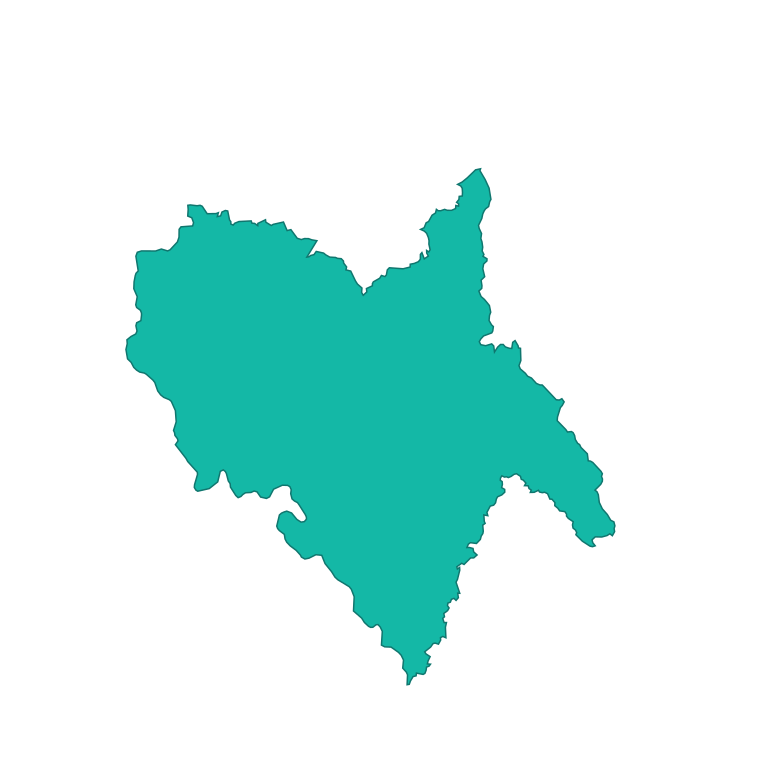 Minaçu, Goiás, Brazil, rotated 140°
{"feature_id": "56859067B20779755358957", "entity_name": "Minaçu", "entity_type": "district", "adm_level": 2, "iso_a3": "BRA", "parent_name": "Brazil", "parent_adm1": "Goiás", "projection": "albers", "projection_center": [-48.381, -13.496], "detail": "fine", "context": "isolated", "style": "filled", "palette": "teal", "viewbox_px": 768, "rotation_deg": 140, "n_neighbors": 0, "source": "geoboundaries", "source_scale": "gbopen_adm2", "svg_char_len": 6171}
<svg xmlns="http://www.w3.org/2000/svg" viewBox="0 0 768 768"><g transform="rotate(140 384 384)"><path d="M257.5,254.5L257.2,258.4L260.0,259.0L262.2,261.2L263.4,281.5L265.2,283.1L266.9,286.5L267.2,293.8L269.0,297.7L268.8,301.3L269.9,308.0L268.8,311.3L264.1,314.0L256.5,323.6L257.8,325.2L256.7,327.1L255.7,333.0L258.6,333.2L263.3,329.1L265.1,330.9L267.2,334.4L267.3,337.7L269.4,339.4L273.2,339.2L278.8,337.5L275.5,342.6L275.7,345.5L281.5,348.0L284.6,351.9L283.8,355.2L280.8,356.3L276.8,356.8L268.6,353.9L266.6,354.7L263.3,357.7L263.6,360.2L262.7,365.1L259.1,368.7L256.1,370.4L252.8,376.4L252.7,384.0L253.4,388.6L251.6,394.2L247.7,394.4L245.8,396.3L242.9,401.1L237.9,401.5L234.2,408.8L230.5,411.9L226.1,412.1L224.6,413.7L226.1,418.2L224.2,419.0L223.3,422.8L220.4,425.4L217.6,429.9L216.3,433.2L212.6,436.5L211.1,442.0L209.6,444.8L202.7,447.9L199.0,450.8L195.8,452.3L193.6,452.9L189.8,452.7L185.9,455.7L183.4,456.7L177.6,466.5L175.1,475.6L173.4,485.7L171.7,486.8L176.2,489.2L187.8,488.4L194.4,488.5L199.3,489.6L197.9,486.4L198.3,483.6L200.9,480.1L203.2,477.7L205.8,479.4L208.0,477.2L211.6,476.5L211.0,474.1L212.6,472.3L214.2,474.6L216.4,472.4L220.6,473.6L223.9,476.4L225.3,478.8L229.2,480.3L231.1,481.9L231.6,484.1L234.6,481.9L238.7,482.4L245.4,479.8L248.1,480.4L252.8,477.9L256.6,478.9L254.8,475.1L254.5,472.0L255.9,467.6L257.4,464.8L259.7,462.3L262.4,457.2L264.8,456.4L265.5,458.9L267.1,456.9L267.8,453.5L272.7,454.0L270.5,460.3L272.8,459.9L276.0,456.2L279.1,455.6L283.3,456.9L286.9,458.9L288.8,456.8L295.3,460.0L305.2,469.6L308.1,469.3L312.1,466.0L314.2,465.7L316.2,468.8L319.3,467.8L326.5,469.1L328.4,468.3L329.8,466.7L336.1,468.4L338.0,465.6L342.9,465.3L342.3,468.5L339.2,471.7L340.1,477.6L339.6,481.3L336.9,491.9L339.8,495.9L337.4,497.7L337.2,502.5L336.0,504.3L336.2,507.5L338.9,510.2L339.8,512.1L344.0,516.1L345.6,520.4L346.1,523.1L350.7,529.1L354.5,528.1L357.6,529.6L359.7,529.7L361.5,530.8L343.3,536.9L346.6,540.8L348.4,543.9L351.4,546.5L354.5,547.8L356.8,551.4L356.1,562.1L359.6,563.8L356.9,572.7L366.2,577.5L368.5,577.9L370.5,583.9L369.2,586.0L377.4,588.1L378.9,586.5L379.9,590.2L381.8,592.1L380.9,594.3L390.7,601.7L395.0,603.1L397.4,602.7L398.5,605.0L397.0,606.8L396.9,608.9L392.5,617.0L394.0,618.9L397.6,619.9L401.1,617.8L404.1,619.4L400.8,621.7L403.1,622.5L410.0,628.1L409.0,637.0L410.0,639.1L412.6,640.7L417.3,645.7L419.4,647.0L421.8,643.6L426.4,638.8L424.4,634.9L426.2,630.0L429.0,628.1L438.5,634.9L441.5,634.2L446.7,628.2L451.0,625.6L461.6,624.3L464.2,625.0L467.8,630.5L473.5,632.7L484.2,641.8L488.3,643.5L491.9,641.4L499.6,628.6L502.8,628.2L504.9,626.9L509.8,622.9L514.4,617.8L516.9,609.5L523.3,604.2L524.3,601.6L523.2,597.0L524.2,594.2L525.5,592.6L529.5,588.8L534.1,589.9L536.6,588.1L539.2,583.3L542.0,581.9L547.2,583.0L552.5,583.1L554.8,579.9L559.5,576.3L564.3,568.1L563.8,563.1L565.0,557.6L564.6,553.7L563.5,550.2L560.5,546.3L559.8,544.2L558.5,535.6L558.6,532.5L561.8,524.1L562.1,519.2L561.3,515.3L558.5,509.9L558.1,507.4L560.9,497.7L567.5,488.6L575.1,483.7L575.7,481.4L577.2,479.0L577.4,474.8L578.4,472.8L582.8,471.6L583.5,454.4L584.2,450.7L583.7,436.4L585.0,434.6L593.9,428.6L595.8,426.7L596.3,423.6L595.6,421.6L585.1,416.2L574.3,415.9L565.6,422.3L562.3,421.5L561.8,418.9L562.3,416.7L565.6,409.8L565.9,406.6L567.9,403.7L569.2,393.9L568.8,390.7L565.9,389.8L563.1,390.1L560.0,389.7L555.6,386.4L552.3,385.5L550.6,383.0L551.2,376.7L547.6,371.9L544.2,371.1L536.2,374.4L526.9,371.8L523.0,368.3L522.1,365.9L523.0,362.7L526.0,359.9L528.3,355.1L527.8,351.9L526.5,348.8L526.7,346.1L528.2,334.8L528.9,332.1L530.3,330.3L533.5,329.8L536.3,331.5L537.8,336.2L537.7,344.6L540.2,349.1L542.8,350.2L545.6,351.0L548.3,350.9L557.5,344.1L558.4,341.6L558.4,339.0L557.0,332.9L559.4,328.9L560.2,325.4L559.9,320.3L558.2,313.0L558.0,306.7L558.5,304.5L557.1,300.8L553.4,298.8L545.9,297.0L541.8,292.8L544.6,284.3L544.8,274.0L545.7,267.5L545.2,263.7L540.9,251.0L541.0,247.7L543.6,240.2L553.3,229.7L551.6,219.0L552.3,213.9L551.6,208.3L550.7,206.2L548.9,204.8L544.9,204.7L543.2,203.5L543.1,200.2L544.3,195.6L553.8,185.6L552.4,182.2L547.7,177.9L545.4,169.1L545.2,165.1L546.5,160.0L552.3,154.3L552.1,148.9L552.9,146.1L559.6,138.8L557.7,137.7L554.6,139.5L549.8,141.2L547.0,139.8L545.0,141.7L540.7,136.4L538.7,136.0L535.8,137.6L533.4,139.8L530.8,138.9L528.5,139.5L530.7,141.7L528.3,143.5L523.9,145.5L525.3,150.2L525.0,152.7L517.4,152.5L513.3,153.6L511.4,152.7L509.5,149.7L505.2,151.4L503.8,153.4L501.2,152.8L499.7,149.8L493.3,158.2L489.5,161.1L491.3,162.6L489.7,166.7L487.3,166.8L485.7,169.8L481.0,169.5L478.1,170.6L477.9,173.3L475.9,175.1L473.4,174.2L470.8,175.7L468.2,174.8L467.9,171.9L464.4,172.5L462.0,176.4L460.5,175.0L456.2,185.9L453.3,187.1L445.6,192.7L444.0,194.9L446.7,195.1L445.7,197.2L439.7,196.7L438.7,194.3L429.5,195.1L427.0,193.1L422.6,193.2L423.2,197.8L421.5,200.8L423.7,203.9L425.6,205.4L422.3,207.1L419.8,206.9L415.7,202.4L410.1,203.0L407.3,205.0L404.4,205.9L402.6,207.4L399.1,212.4L396.1,212.2L395.5,214.3L391.7,219.5L389.1,216.4L387.7,219.5L381.1,222.2L377.9,220.7L374.9,221.3L371.8,223.7L369.5,224.6L365.0,223.3L361.0,223.5L359.3,225.7L360.5,229.0L357.8,231.0L356.2,233.3L356.8,235.5L355.2,237.1L352.7,237.9L351.6,235.3L349.8,234.2L348.9,232.4L346.1,231.5L342.4,231.2L340.2,230.1L338.8,225.6L340.1,222.8L339.1,220.8L339.0,216.9L341.7,215.8L339.0,213.4L340.1,210.7L339.4,208.1L341.6,206.9L338.6,204.5L334.0,203.3L334.3,201.3L332.6,199.0L330.5,197.8L329.2,194.8L330.9,189.2L329.4,187.8L329.3,183.3L331.4,181.0L330.7,177.1L331.0,173.9L327.5,170.0L327.8,167.0L329.1,165.5L329.2,162.6L327.6,156.9L330.2,154.9L331.8,152.1L331.2,149.0L331.9,146.3L333.9,145.2L333.1,136.1L330.4,127.3L328.8,125.3L326.2,124.3L326.1,128.2L324.8,130.9L320.4,131.1L315.5,126.8L310.5,124.5L307.3,124.1L306.6,121.0L302.2,122.7L300.7,125.3L298.3,126.9L296.5,130.6L297.9,133.9L296.8,140.5L297.0,148.0L295.2,154.9L291.0,161.4L290.1,164.5L290.6,167.1L282.5,167.8L279.3,169.1L277.7,170.8L276.8,173.4L274.4,174.9L273.9,177.7L274.5,189.7L275.4,192.2L276.9,193.9L273.1,199.8L273.9,208.8L273.1,211.9L273.8,214.0L273.1,218.5L271.1,222.0L270.4,225.2L271.0,227.1L274.3,229.3L274.0,232.2L274.9,244.6L272.3,247.2L264.1,252.5L261.2,253.0L257.5,254.5Z" fill="#14b8a6" stroke="#0f766e" stroke-width="1.5"/></g></svg>